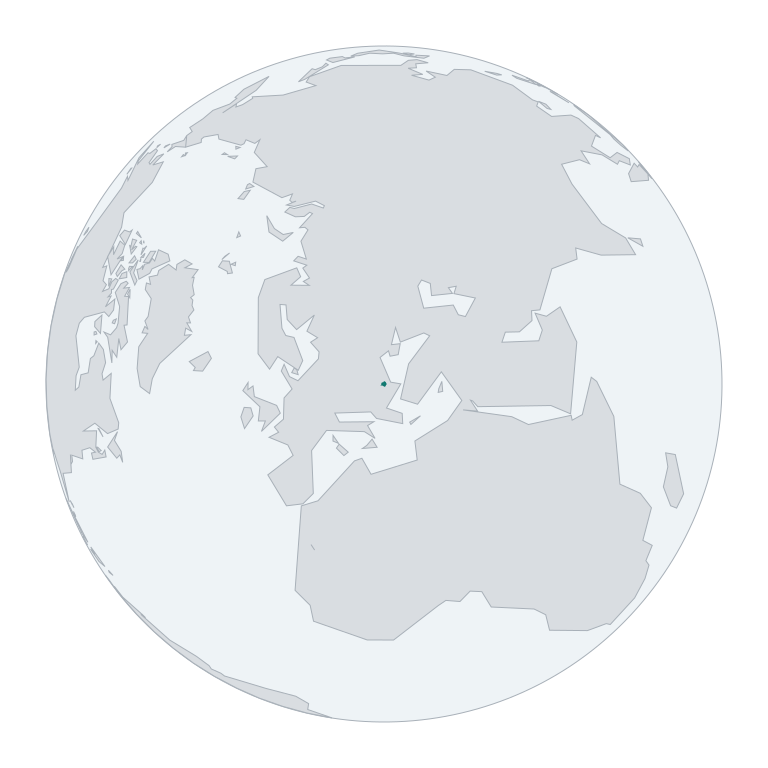 the Earth from above Targovishte, rotated 310°
{"feature_id": "BGR-2257", "entity_name": "Targovishte", "entity_type": "Province", "adm_level": 1, "iso_a3": "BGR", "parent_name": "Bulgaria", "parent_adm1": "", "projection": "orthographic", "projection_center": [26.357, 43.248], "detail": "fine", "context": "on_globe", "style": "filled", "palette": "teal", "viewbox_px": 768, "rotation_deg": 310, "n_neighbors": 0, "source": "natural_earth", "source_scale": "10m", "svg_char_len": 11629}
<svg xmlns="http://www.w3.org/2000/svg" viewBox="0 0 768 768"><g transform="rotate(310 384 384)"><circle cx="384" cy="384" r="338" fill="#eef3f6" stroke="#a8b0b8"/><path d="M263.3,68.4L274.9,65.5L265.3,68.7L270.5,67.8L282.9,64.1L289.7,62.0L324.2,59.8L365.3,57.0L378.2,54.0L375.4,57.0L399.8,50.9L422.0,51.6L396.9,52.4L394.3,53.9L409.4,54.6L410.1,56.4L417.7,58.1L417.1,60.5L402.5,61.7L401.9,63.5L412.6,64.0L418.8,67.4L403.1,66.1L412.3,72.1L389.5,76.9L348.1,74.7L335.4,82.2L292.5,93.6L296.3,95.7L282.5,102.4L281.7,107.5L274.0,108.9L280.1,112.0L287.3,109.8L292.4,110.6L292.6,113.7L282.8,115.7L281.2,114.5L278.5,116.8L273.4,116.6L276.0,118.4L264.1,121.0L276.1,123.2L266.8,129.3L258.8,129.8L259.5,123.5L242.5,111.6L234.7,111.5L222.9,117.0L201.0,139.7L192.4,142.8L180.8,151.5L185.5,152.2L196.3,145.9L202.4,150.2L214.8,142.7L219.1,143.6L232.0,139.2L230.1,146.8L221.4,157.0L210.6,161.4L206.4,166.3L216.8,168.2L196.8,183.3L183.8,205.7L178.6,209.3L168.3,204.1L168.1,187.7L154.7,183.9L163.4,193.9L150.3,203.9L148.2,209.0L148.9,213.3L153.9,212.6L149.5,218.0L139.2,209.4L143.1,204.3L146.3,206.8L146.1,199.6L139.1,195.2L133.0,201.4L128.8,190.6L124.4,195.2L121.1,195.9L128.4,189.1L115.2,201.5L109.3,195.6L91.2,218.8L108.9,192.3L115.2,182.2L121.3,172.7L118.2,176.2L130.4,160.8L131.6,159.4L150.3,140.0L170.4,122.1L192.0,105.9L214.7,91.5L238.6,79.0L263.3,68.4ZM58.5,293.3L57.3,299.1L53.6,313.2L55.7,307.3L52.8,320.9L52.1,345.2L51.2,346.5L50.1,384.4L54.8,415.3L55.8,431.2L54.7,434.9L57.6,445.0L57.8,449.5L74.9,489.2L88.1,517.1L90.7,531.7L85.6,534.8L94.8,558.8L94.5,558.3L82.4,536.4L72.0,513.7L63.2,490.3L56.3,466.3L51.1,441.9L47.7,417.1L46.2,392.1L46.5,367.1L48.7,342.2L52.7,317.6L58.5,293.3ZM86.7,225.2L72.4,259.0L75.8,247.3L76.0,247.7L80.6,237.4L87.6,222.7L91.9,214.1L86.7,225.2ZM91.0,223.2L93.1,218.4L91.7,222.2L91.0,223.2ZM292.7,60.9L283.0,63.9L271.6,67.0L279.6,64.1L292.7,60.9ZM314.5,57.2L310.2,58.7L304.8,58.4L309.0,57.6L314.5,57.2ZM387.3,52.0L379.3,52.2L386.8,51.5L387.3,52.0ZM418.9,58.0L421.0,57.5L424.1,58.7L418.9,58.0ZM232.1,135.4L232.0,137.2L229.7,137.1L232.1,135.4ZM237.8,131.9L235.2,130.4L237.5,128.5L239.1,129.5L237.8,131.9ZM426.0,63.6L430.4,66.0L423.4,63.6L426.0,63.6ZM240.5,134.3L241.9,125.5L246.0,122.4L255.5,123.6L240.5,134.3ZM431.2,67.5L441.9,74.0L447.5,73.2L437.9,79.8L431.9,71.6L422.5,68.7L429.5,69.1L431.2,67.5ZM289.5,107.9L281.8,110.3L288.0,105.5L289.5,107.9ZM292.2,104.7L304.0,90.3L315.4,88.8L309.2,93.7L323.9,90.0L323.7,96.2L315.6,99.6L308.2,99.2L313.7,102.0L292.2,104.7ZM430.8,82.8L431.2,84.8L428.0,82.9L430.8,82.8ZM294.9,110.6L296.3,107.6L306.3,106.0L305.4,111.7L302.4,110.4L294.9,110.6ZM327.8,86.2L335.1,86.3L336.9,91.3L340.0,92.1L324.7,96.2L327.8,86.2ZM300.3,112.3L304.7,114.8L300.2,118.5L294.3,113.5L300.3,112.3ZM309.3,103.2L314.0,102.8L311.1,104.9L309.3,103.2ZM286.6,133.9L288.0,129.8L293.4,128.6L286.6,133.9ZM306.7,115.5L308.2,114.2L310.5,113.4L312.4,115.8L306.7,115.5ZM327.0,99.7L326.3,101.9L333.4,98.2L335.1,102.2L324.5,104.4L329.8,105.1L330.3,106.4L321.1,106.8L327.0,99.7ZM321.1,115.9L308.2,120.8L304.5,128.3L299.6,129.5L306.5,117.3L321.1,115.9ZM321.9,110.5L320.3,114.0L315.1,113.5L312.9,110.8L321.9,110.5ZM340.0,104.2L340.2,97.5L342.5,97.3L340.0,104.2ZM321.0,118.1L324.1,117.0L321.4,118.7L321.0,118.1ZM335.4,108.5L335.1,106.0L337.7,105.9L335.4,108.5ZM330.6,116.9L326.4,118.3L324.8,116.4L330.6,116.9ZM333.6,113.1L337.3,113.5L326.7,114.8L333.1,112.0L333.6,113.1ZM337.9,108.7L339.4,107.8L337.6,109.8L337.9,108.7ZM339.0,123.8L326.1,125.9L322.6,121.5L335.6,119.9L339.0,123.8ZM177.1,535.6L157.0,482.5L167.0,469.7L168.8,448.5L237.5,399.0L252.1,408.5L306.1,410.8L312.9,414.8L306.5,432.1L347.1,458.3L360.2,444.3L396.9,456.2L421.4,454.2L430.2,420.1L390.1,422.7L383.2,406.3L415.3,389.9L450.3,388.0L448.7,381.7L426.6,369.6L434.7,356.5L418.9,364.4L425.3,370.5L415.6,376.0L409.2,370.8L412.3,366.1L401.8,363.9L389.7,387.9L394.9,396.8L367.2,401.3L373.2,416.8L365.7,423.8L352.8,400.4L354.1,391.8L330.1,365.0L326.2,374.3L348.6,400.5L341.6,398.1L336.6,412.1L334.9,399.6L311.5,369.8L286.5,371.3L254.7,400.2L240.1,398.9L228.0,387.6L239.7,353.4L270.9,360.3L275.5,349.5L269.3,330.2L279.3,334.3L280.6,327.7L292.4,329.6L309.1,316.4L321.1,316.8L327.9,297.0L334.9,294.8L328.9,306.9L331.2,316.0L361.1,317.6L366.9,313.6L368.8,300.9L376.8,303.4L374.9,291.0L392.1,286.3L369.5,282.1L371.2,268.4L381.6,258.1L378.1,253.2L361.1,270.0L358.0,277.6L361.8,285.1L349.7,306.7L339.4,309.5L336.7,285.0L321.8,286.8L326.2,268.1L369.4,232.2L387.4,225.6L416.9,242.5L412.6,251.2L399.9,249.2L411.5,263.3L410.7,256.3L417.3,258.8L420.6,247.3L425.4,248.5L420.3,235.7L426.6,236.1L429.8,244.2L440.0,228.6L453.2,226.7L453.2,222.7L449.4,218.9L468.6,219.7L467.8,216.7L461.1,215.2L455.1,208.6L452.0,197.5L458.8,198.3L460.8,202.5L475.4,212.9L479.8,224.4L482.3,223.7L480.1,214.0L462.3,201.1L458.5,194.3L467.6,199.1L464.0,196.8L464.2,193.7L470.8,191.7L461.1,186.0L454.4,153.8L466.6,147.5L475.4,154.8L478.0,135.8L491.4,131.9L485.3,130.4L482.4,121.3L478.1,122.3L475.0,120.9L465.5,100.1L468.5,96.5L457.5,87.3L454.3,86.7L451.5,88.7L437.9,79.8L447.5,73.2L454.1,74.8L455.6,70.3L470.6,74.8L483.7,77.1L499.3,85.9L508.3,87.6L507.8,85.7L519.7,87.2L545.8,98.2L526.8,97.3L488.0,86.1L504.0,90.9L501.0,92.5L507.1,96.1L518.4,99.8L519.3,98.5L540.5,121.0L568.8,140.0L565.3,130.3L571.5,129.4L600.6,146.5L638.9,192.1L647.6,194.6L653.7,200.8L658.5,211.4L649.7,202.5L647.1,205.6L641.4,199.5L646.1,214.7L638.2,206.6L645.7,223.1L652.0,226.1L650.8,215.1L660.8,233.9L670.2,235.6L680.5,248.6L695.5,290.4L697.1,315.1L699.2,320.8L695.0,322.3L696.7,340.4L710.2,354.4L712.4,362.5L711.8,391.7L710.4,386.2L699.6,390.0L702.7,411.8L711.2,413.7L714.3,427.1L710.1,431.9L706.3,420.7L702.4,421.6L699.7,403.8L689.3,385.1L684.8,400.0L681.5,389.6L666.5,378.8L658.0,399.5L646.8,447.6L651.2,475.2L644.8,493.6L622.3,467.5L611.4,443.4L603.8,451.6L580.2,438.5L541.0,455.8L535.0,449.9L527.7,456.6L511.0,454.2L501.7,443.6L491.8,447.5L516.6,474.8L527.1,470.6L535.4,454.2L540.3,464.9L556.3,469.3L540.1,504.7L481.1,546.1L474.8,525.7L426.9,470.4L428.0,462.9L427.8,462.1L427.2,460.6L423.4,473.1L415.0,461.2L441.1,502.9L445.8,520.7L480.3,547.5L477.2,551.4L488.1,555.6L522.4,538.4L522.7,545.3L506.9,580.9L458.9,629.1L465.0,650.6L461.1,668.4L430.6,682.8L432.8,693.2L417.0,698.2L415.6,703.4L402.7,709.0L381.2,713.5L345.2,711.9L343.3,708.3L325.8,698.3L301.8,669.1L311.2,656.2L308.1,643.6L282.1,609.5L287.8,592.4L280.7,583.1L266.2,582.0L258.0,570.5L249.2,568.0L194.0,555.9L177.1,535.6ZM214.1,431.3L212.2,437.6L214.1,431.3ZM488.0,403.0L508.6,398.7L498.2,379.5L505.3,376.5L499.2,371.4L497.4,378.2L482.3,363.6L490.8,354.8L487.8,345.9L480.7,347.0L467.6,365.7L489.0,386.3L484.8,396.4L488.0,403.0ZM52.2,345.8L51.7,351.6L51.5,347.6L52.2,345.8ZM73.8,250.8L71.9,255.9L70.1,260.5L71.1,257.4L73.8,250.8ZM64.2,292.6L63.2,299.5L63.1,294.6L64.2,292.6ZM70.7,264.1L64.8,287.6L64.8,279.8L68.9,265.3L67.5,272.1L70.7,264.1ZM86.8,228.0L85.1,231.9L84.0,233.3L86.8,228.0ZM90.0,226.0L90.3,225.0L92.1,221.7L90.0,226.0ZM150.9,204.4L151.6,205.3L151.2,210.2L149.1,209.2L150.9,204.4ZM163.5,225.9L156.0,234.2L159.9,227.2L155.4,227.0L158.1,212.8L176.2,210.5L167.5,213.8L163.5,225.9ZM166.6,194.2L162.9,202.8L166.2,193.5L166.6,194.2ZM276.2,291.9L280.1,297.3L275.4,304.3L260.2,305.8L266.8,295.5L276.2,291.9ZM286.8,303.6L288.2,280.1L297.8,278.9L292.2,283.4L298.3,284.9L291.0,292.8L298.6,315.5L295.0,323.3L268.9,320.6L279.4,316.9L274.9,311.5L286.8,303.6ZM275.3,228.8L276.0,220.4L295.7,228.3L292.7,235.3L277.3,236.8L271.8,229.4L275.3,228.8ZM257.0,138.9L256.1,136.5L258.8,135.7L261.8,137.1L257.0,138.9ZM286.8,132.1L264.1,149.2L261.9,147.1L251.3,160.5L241.2,160.5L248.4,151.6L232.7,162.1L235.1,154.1L225.2,162.0L242.2,142.3L243.8,136.1L245.9,142.9L255.1,143.0L259.6,141.2L273.4,131.7L281.4,119.3L291.8,118.0L297.0,120.5L296.7,123.2L290.1,123.0L294.4,127.0L284.5,128.9L286.8,132.1ZM352.6,159.8L345.0,156.7L352.1,168.1L342.2,168.7L343.7,170.0L336.5,173.9L330.4,181.2L325.9,180.3L325.4,183.6L320.7,186.5L318.5,190.8L309.7,191.1L306.4,196.5L304.1,193.6L300.7,202.9L299.3,196.2L293.0,199.8L297.7,204.4L255.6,199.0L239.1,203.1L226.0,210.6L225.3,198.9L237.2,184.9L254.9,172.2L270.9,170.4L267.7,165.8L274.4,163.8L274.1,168.2L278.6,160.3L284.1,159.9L299.8,150.8L302.9,140.4L308.7,137.1L310.3,141.1L315.0,135.2L321.8,140.5L326.2,138.5L337.2,142.1L337.7,151.5L342.5,148.5L351.1,151.6L352.6,159.8ZM341.9,125.0L344.7,135.2L340.7,140.8L323.1,132.3L318.2,133.4L306.8,128.9L312.9,121.1L315.6,123.0L319.6,123.1L316.1,125.5L321.9,123.7L325.9,126.5L331.4,125.9L330.8,129.3L341.9,125.0ZM320.7,408.9L325.9,410.3L334.1,410.3L331.1,419.4L320.7,408.9ZM304.3,388.8L309.1,388.3L308.8,400.4L303.4,399.3L304.3,388.8ZM311.9,378.0L309.3,387.3L307.5,381.6L311.9,378.0ZM333.4,306.0L338.5,304.9L338.9,308.0L336.0,312.2L333.4,306.0ZM371.6,196.5L367.9,193.2L369.5,191.6L367.4,181.9L374.5,181.0L378.6,186.6L371.6,196.5ZM423.2,426.6L416.1,433.7L412.4,430.9L415.6,429.0L423.2,426.6ZM371.3,428.2L383.1,432.4L370.3,430.6L371.3,428.2ZM379.0,194.0L377.4,189.9L382.0,192.1L379.0,194.0ZM379.6,180.0L385.1,181.5L375.1,179.8L379.6,180.0ZM517.2,652.5L492.5,684.1L477.0,687.9L475.0,681.8L484.8,664.1L503.0,654.7L512.3,644.0L517.2,652.5ZM716.0,447.2L715.5,449.5L713.4,457.2L714.7,450.5L717.9,435.8L716.0,447.2ZM714.5,451.2L710.1,455.7L697.9,443.3L702.4,436.1L713.9,433.7L713.3,438.8L716.1,438.3L714.5,451.2ZM720.7,413.1L720.4,416.2L719.5,421.3L719.1,412.1L719.4,402.4L720.4,397.0L719.4,351.2L720.0,349.4L721.3,366.3L721.5,368.0L720.7,413.1ZM652.7,476.8L660.0,487.2L655.9,493.8L652.7,476.8ZM715.6,325.7L718.3,344.9L714.8,323.0L715.6,325.7ZM711.5,307.9L713.1,312.6L711.8,311.1L711.5,307.9ZM702.4,328.2L701.6,335.3L699.9,331.8L699.9,320.6L702.4,328.2ZM688.3,260.1L694.4,270.7L696.5,275.5L693.1,271.8L688.3,260.1ZM437.6,186.0L432.6,200.1L433.7,210.7L441.8,217.1L428.3,214.6L426.5,198.2L437.6,186.0ZM451.7,157.4L444.5,152.7L448.9,151.3L451.2,152.2L451.7,157.4ZM446.4,157.0L435.3,157.9L432.2,153.0L441.6,153.2L446.4,157.0ZM407.2,175.0L405.2,179.0L401.5,177.1L407.2,175.0ZM716.1,321.6L717.7,330.9L712.9,306.4L713.0,306.8L716.1,321.6ZM713.6,309.8L715.2,318.5L712.4,305.5L713.6,309.8ZM714.7,317.0L713.1,311.5L712.7,307.9L714.7,317.0ZM713.0,307.2L709.9,295.7L711.2,299.6L713.0,307.2ZM708.9,299.7L710.9,300.2L711.2,308.3L703.5,289.2L702.8,283.5L708.9,299.7ZM656.4,195.2L652.3,191.5L649.5,185.7L653.1,189.8L656.4,195.2ZM636.7,165.6L647.4,183.1L655.4,198.2L656.4,197.1L664.6,208.0L659.2,205.2L648.3,188.5L643.5,178.6L636.0,170.7L628.3,160.5L619.4,153.7L613.8,147.8L620.4,151.2L636.7,165.6ZM615.7,151.3L597.4,138.2L595.3,131.7L598.8,133.1L608.1,141.7L608.7,144.5L615.7,151.3ZM592.4,133.3L592.7,136.2L566.5,127.5L560.5,124.2L579.3,126.3L580.6,129.3L587.4,132.9L592.4,133.3ZM434.8,84.7L431.6,84.8L433.3,83.4L434.8,84.7ZM472.7,121.7L468.7,119.6L470.8,117.7L472.7,121.7ZM458.6,113.1L459.1,116.6L455.8,112.5L458.6,113.1ZM460.5,124.9L457.9,117.9L464.5,125.2L460.5,124.9Z" fill="#d9dde1" stroke="#a8b0b8" stroke-width="1"/><path d="M384.0,385.4L383.9,385.2L383.8,385.3L383.7,385.3L383.6,385.5L383.4,385.7L383.2,385.8L383.0,385.6L382.9,385.6L382.9,385.4L382.8,385.2L382.7,384.9L382.7,384.7L382.8,384.6L382.8,384.4L382.9,384.2L382.7,384.0L382.7,383.9L382.8,383.8L382.7,383.6L382.6,383.4L382.3,383.3L382.3,383.1L382.2,383.0L382.3,383.0L382.5,382.9L382.6,382.7L382.8,382.4L383.0,382.4L383.3,382.3L383.4,382.2L383.6,382.3L383.9,382.4L384.0,382.6L384.0,382.8L384.3,382.9L384.5,383.0L384.6,383.4L384.8,383.4L385.0,383.4L385.3,383.3L385.4,383.2L385.5,383.0L385.8,383.1L385.8,383.3L385.7,383.3L385.6,383.6L385.8,384.0L385.7,384.2L385.6,384.3L385.5,384.5L385.4,384.6L385.3,384.8L385.4,385.0L385.2,385.2L385.2,385.3L385.1,385.5L384.9,385.5L384.7,385.4L384.4,385.4L384.1,385.3L384.0,385.4Z" fill="#14b8a6" stroke="#0f766e" stroke-width="1.5"/></g></svg>